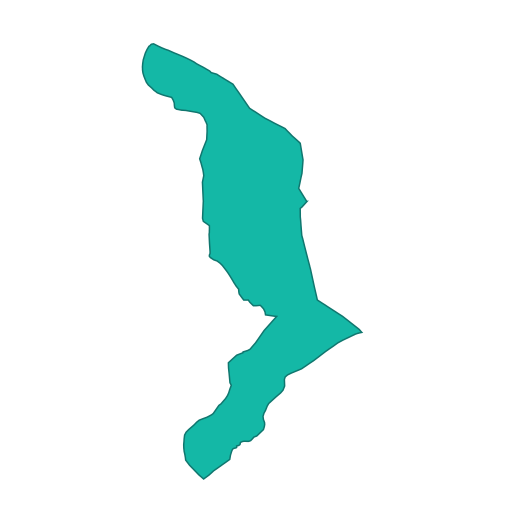 Ad Dohi, Al Hudaydah, Yemen, rotated 86°
{"feature_id": "15242507B68430322217319", "entity_name": "Ad Dohi", "entity_type": "district", "adm_level": 2, "iso_a3": "YEM", "parent_name": "Yemen", "parent_adm1": "Al Hudaydah", "projection": "equal_earth", "projection_center": [43.199, 15.222], "detail": "fine", "context": "isolated", "style": "filled", "palette": "teal", "viewbox_px": 512, "rotation_deg": 86, "n_neighbors": 0, "source": "geoboundaries", "source_scale": "gbopen_adm2", "svg_char_len": 4094}
<svg xmlns="http://www.w3.org/2000/svg" viewBox="0 0 512 512"><g transform="rotate(86 256 256)"><path d="M205.1,201.3L205.1,201.6L191.5,208.7L188.9,207.9L187.1,207.4L186.8,207.3L180.0,205.4L176.8,204.4L167.0,202.9L163.4,202.4L146.6,204.0L143.4,207.0L138.8,211.5L135.9,213.9L133.5,216.0L131.9,217.3L130.9,218.1L128.6,221.9L124.9,228.2L122.1,232.6L119.7,236.6L119.3,237.3L117.2,240.1L114.0,244.3L111.4,247.7L111.3,248.0L108.2,252.1L105.0,254.0L95.5,259.6L93.1,261.0L87.5,264.4L83.0,267.0L73.8,280.0L71.9,282.5L71.7,283.1L69.9,288.0L68.9,288.7L68.1,289.5L65.9,292.8L65.5,293.3L64.2,295.3L63.9,295.7L62.4,298.2L60.0,302.0L58.2,304.2L56.0,307.7L53.8,311.5L51.8,315.2L49.1,320.6L47.7,323.5L46.2,326.3L44.7,329.1L43.5,332.0L41.6,335.8L40.9,337.0L39.8,339.0L37.4,343.0L37.2,343.4L37.4,345.3L37.7,346.0L38.1,346.4L38.9,347.2L39.1,347.8L39.4,348.2L42.4,350.3L45.8,352.2L49.1,353.5L52.5,354.8L56.2,355.6L59.5,356.1L60.8,356.1L62.6,356.2L65.5,356.0L68.7,355.3L72.2,354.2L75.1,353.2L78.0,351.4L81.0,348.4L83.6,346.2L84.9,344.6L86.3,343.1L88.2,339.2L89.1,337.1L90.1,334.4L91.7,329.6L91.9,329.1L94.5,327.8L97.5,326.9L100.4,326.9L102.0,326.8L102.9,326.4L104.0,325.0L104.5,323.0L105.3,320.2L105.9,315.9L107.7,308.7L108.6,304.9L109.8,301.8L111.1,300.7L114.0,298.4L118.0,297.0L118.5,296.7L121.8,295.6L122.9,295.8L128.4,296.1L136.6,297.1L147.0,302.1L155.1,305.4L159.1,304.4L162.7,303.7L166.0,303.0L169.1,302.7L172.2,302.5L178.7,304.3L178.8,304.3L179.2,304.3L195.7,304.7L196.6,304.7L198.1,304.7L198.2,304.8L214.6,306.7L216.8,306.3L217.8,306.1L222.4,300.4L222.9,300.4L226.3,300.6L226.8,300.7L229.3,300.9L230.6,301.2L231.2,301.3L240.5,301.5L245.1,301.5L248.5,301.5L250.5,301.7L251.2,302.2L252.8,302.6L253.4,302.3L254.3,301.7L254.7,301.3L254.7,301.1L255.1,300.7L256.7,298.6L256.8,298.5L258.2,295.3L258.3,295.1L260.0,293.1L260.6,292.4L263.1,290.2L266.1,288.2L269.0,286.3L270.8,285.2L272.4,284.3L275.2,282.8L278.3,281.2L281.4,279.7L281.7,279.5L284.5,278.0L287.1,276.2L287.6,275.7L290.9,275.6L292.7,275.4L296.8,272.8L299.1,271.3L299.4,266.8L301.8,265.3L305.4,262.1L305.6,259.2L305.5,255.2L306.7,254.1L309.3,252.1L311.4,251.3L312.4,250.9L314.4,250.7L315.4,250.6L317.3,241.9L317.7,239.6L330.9,253.1L342.6,262.5L346.5,266.4L348.6,268.4L349.7,270.9L350.8,275.6L351.6,275.8L353.6,282.2L356.9,286.4L360.6,291.0L365.8,291.2L371.3,291.0L376.5,290.9L380.6,290.8L383.2,289.7L384.0,290.0L387.1,291.4L390.5,292.7L393.3,294.2L396.2,296.4L398.8,299.0L401.2,301.4L402.4,303.4L410.1,309.6L411.2,311.2L412.0,312.9L413.4,316.1L414.5,319.9L415.8,324.1L417.6,326.7L420.2,329.6L422.4,332.5L422.7,332.9L424.5,335.3L426.9,338.0L429.0,339.3L429.6,339.7L433.2,340.4L436.2,340.8L438.6,341.2L439.4,341.3L442.6,341.4L445.5,341.3L445.8,341.3L449.1,340.8L452.2,340.5L454.7,340.4L460.2,336.8L462.9,334.5L470.2,328.4L471.0,327.6L474.8,323.8L471.2,318.1L467.3,313.2L465.1,309.5L457.1,296.4L452.7,295.3L449.1,293.9L447.7,293.2L446.9,292.6L446.5,291.9L446.2,290.8L446.1,289.8L445.8,288.9L445.4,288.6L444.7,288.5L444.2,288.6L443.9,288.1L443.9,287.3L443.8,286.5L443.5,286.0L443.1,285.3L442.4,284.9L441.8,284.8L441.1,284.6L440.7,284.1L440.2,282.7L440.0,281.7L440.0,280.1L440.2,278.4L440.3,277.4L440.4,276.6L440.2,275.5L439.8,274.2L438.1,272.3L436.5,270.7L436.0,269.2L435.6,267.8L429.7,260.7L426.8,259.6L424.7,259.1L422.7,259.1L419.6,260.0L416.5,260.2L414.7,259.5L413.5,259.1L410.5,257.2L406.5,255.3L404.0,253.6L398.0,246.0L394.3,241.0L391.7,238.4L387.7,236.5L381.2,236.3L378.8,235.4L378.0,234.4L376.8,232.8L375.2,228.8L371.7,218.4L367.3,210.9L364.2,205.5L356.2,193.4L353.6,189.1L351.4,185.3L350.7,184.2L348.4,180.5L346.1,175.5L340.9,162.4L340.3,160.1L339.9,157.9L339.6,155.8L339.1,156.2L336.5,158.1L322.2,173.9L321.9,174.3L318.4,179.0L316.7,181.2L316.5,181.5L312.0,187.5L310.8,189.1L309.9,190.2L307.8,193.1L304.3,197.7L304.1,197.9L300.7,198.4L290.6,200.0L284.4,200.9L272.7,202.6L270.3,203.1L269.4,203.2L261.7,204.7L261.0,204.8L256.2,205.7L255.6,205.8L250.1,206.8L241.5,208.3L240.7,208.5L238.6,208.9L229.3,209.0L229.1,209.0L223.3,209.0L220.1,209.1L217.0,208.9L211.6,208.6L210.4,206.8L205.1,201.3Z" fill="#14b8a6" stroke="#0f766e" stroke-width="1.5"/></g></svg>